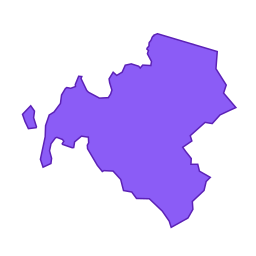 the district of Talbot, United States of America, rotated 4°
{"feature_id": "52423323B33050228676147", "entity_name": "Talbot", "entity_type": "district", "adm_level": 2, "iso_a3": "USA", "parent_name": "United States of America", "parent_adm1": "", "projection": "robinson", "projection_center": [-76.178, 38.758], "detail": "fine", "context": "isolated", "style": "filled", "palette": "violet", "viewbox_px": 256, "rotation_deg": 4, "n_neighbors": 0, "source": "geoboundaries", "source_scale": "gbopen_adm2", "svg_char_len": 1498}
<svg xmlns="http://www.w3.org/2000/svg" viewBox="0 0 256 256"><g transform="rotate(4 128 128)"><path d="M105.7,80.3L105.9,81.3L106.5,83.9L106.5,84.0L109.3,91.3L108.3,95.3L106.6,98.5L106.3,99.1L97.3,100.2L96.6,99.8L86.1,95.1L84.2,93.4L77.7,82.0L78.3,79.9L75.2,79.8L72.4,88.2L72.7,90.3L68.1,92.4L64.1,91.9L62.8,93.0L59.4,99.7L58.9,108.2L53.1,117.2L48.5,120.5L45.6,131.4L46.0,142.5L42.8,165.3L46.0,173.0L53.6,168.8L53.9,163.6L51.3,156.2L52.3,149.0L53.0,148.0L56.3,142.9L57.7,142.3L63.4,144.0L64.9,145.7L63.5,148.2L63.8,148.9L73.7,151.6L75.2,151.3L75.7,145.6L82.1,139.4L89.1,139.9L89.8,145.5L88.6,148.0L88.8,149.3L89.1,151.5L100.1,167.5L105.4,173.2L106.9,172.2L116.1,172.0L124.3,179.8L127.9,190.7L136.2,191.6L141.4,197.7L154.2,197.1L168.0,208.5L175.6,218.0L178.0,224.1L194.1,213.6L198.4,204.6L197.3,196.8L208.2,185.0L209.7,175.9L213.5,171.5L202.3,166.1L200.1,159.3L193.3,159.8L193.2,154.0L187.1,147.3L183.9,143.4L192.6,136.5L190.6,131.3L204.5,117.0L211.7,117.7L218.9,108.5L228.4,103.2L234.2,100.1L220.9,86.5L223.0,78.3L211.6,62.8L211.7,45.5L150.8,31.9L147.3,33.6L147.2,34.4L146.3,34.8L145.5,36.6L145.2,37.9L144.4,39.6L143.2,41.2L143.1,43.1L143.3,44.3L142.7,45.5L141.7,46.6L141.3,47.9L143.0,49.3L142.2,52.6L146.8,60.0L146.4,64.1L138.3,64.2L136.0,67.3L134.3,65.6L126.8,63.8L120.9,65.5L118.3,72.7L113.1,76.3L109.3,73.4L105.7,80.3ZM21.8,121.7L24.8,128.7L28.7,135.6L36.3,134.1L36.6,133.2L33.1,124.3L33.5,118.8L33.5,117.6L29.4,112.6L21.8,121.7Z" fill="#8b5cf6" stroke="#5b21b6" stroke-width="1.5"/></g></svg>